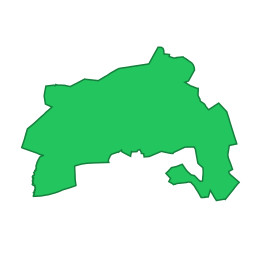 Mērdzenes pag., Karsavas, Latvia (orthographic projection), rotated 356°
{"feature_id": "27541924B39657659213866", "entity_name": "Mērdzenes pag.", "entity_type": "district", "adm_level": 2, "iso_a3": "LVA", "parent_name": "Latvia", "parent_adm1": "Karsavas", "projection": "orthographic", "projection_center": [27.72, 56.696], "detail": "fine", "context": "isolated", "style": "filled", "palette": "green", "viewbox_px": 256, "rotation_deg": 356, "n_neighbors": 0, "source": "geoboundaries", "source_scale": "gbopen_adm2", "svg_char_len": 5238}
<svg xmlns="http://www.w3.org/2000/svg" viewBox="0 0 256 256"><g transform="rotate(356 128 128)"><path d="M163.7,49.5L163.4,49.9L158.3,57.7L153.3,65.5L149.0,65.9L134.0,67.1L133.8,67.2L129.5,67.5L128.8,67.6L128.3,67.6L124.2,67.9L122.7,68.2L120.3,69.2L119.1,69.8L114.7,71.9L110.4,74.4L108.7,75.1L101.7,78.7L88.2,76.3L88.1,76.2L78.4,80.5L77.3,80.9L73.4,82.6L70.8,82.0L68.1,81.1L64.6,80.6L62.6,80.5L60.0,80.1L59.0,79.6L58.8,80.0L58.7,80.5L57.9,80.7L57.2,80.1L49.0,80.5L48.0,84.4L47.2,87.5L46.6,90.2L47.3,98.3L48.9,99.2L49.3,99.4L53.6,101.8L53.2,102.0L52.6,102.5L52.2,102.9L50.6,104.2L47.3,106.6L45.7,108.1L44.6,109.0L42.0,110.9L37.4,114.6L36.9,115.0L33.5,117.7L29.9,120.2L27.6,121.9L25.8,126.7L23.7,132.6L20.6,140.1L21.4,140.6L35.5,146.7L37.9,148.1L41.5,149.3L41.6,149.5L39.6,150.1L39.0,150.2L38.4,150.6L38.1,150.8L37.7,151.4L37.6,151.5L37.4,151.8L37.2,152.1L37.2,152.3L37.0,152.6L36.8,152.8L36.6,153.2L36.4,153.4L36.2,153.6L36.1,154.1L35.8,154.4L35.7,154.8L35.1,155.7L34.9,155.8L34.9,156.0L34.6,157.1L34.4,157.5L34.1,158.2L33.7,159.1L33.6,159.7L33.6,160.9L33.7,161.6L33.7,161.8L33.6,162.0L33.3,162.2L33.2,162.5L33.2,163.0L33.1,163.5L33.0,163.8L32.3,163.7L32.1,163.9L32.2,164.5L32.1,164.8L31.4,165.4L31.0,165.9L30.9,166.1L31.1,166.2L31.4,166.8L31.5,167.0L31.4,167.3L31.2,168.1L31.1,168.4L30.8,168.6L30.3,168.6L29.6,169.2L29.4,169.7L29.1,170.2L29.2,170.4L29.3,170.4L29.9,170.3L30.0,170.4L29.8,170.5L29.7,170.7L29.7,170.9L29.4,171.2L29.4,171.5L29.5,171.6L30.1,171.7L30.2,171.8L30.2,172.0L30.1,172.4L30.1,173.0L29.9,173.1L29.3,173.2L29.2,173.2L29.1,173.4L29.0,173.7L29.0,174.3L29.3,174.4L29.5,174.8L29.5,175.0L29.3,175.1L29.1,175.4L29.1,175.6L29.4,175.9L29.6,176.0L29.7,176.4L29.7,176.5L29.2,176.5L28.9,176.8L28.6,177.5L28.8,177.6L29.0,177.8L29.1,178.2L29.6,178.6L29.9,178.7L30.6,178.4L30.9,178.5L31.0,178.7L31.0,178.8L30.9,179.0L30.8,179.4L30.9,179.5L31.0,179.6L31.1,179.8L31.0,180.4L31.1,180.8L31.4,181.3L31.4,181.7L31.3,181.9L31.2,181.9L31.2,182.0L30.8,182.5L30.7,182.8L30.7,183.1L31.0,183.4L31.0,183.5L31.0,183.9L30.9,184.0L30.5,184.2L30.3,184.1L30.2,183.7L30.1,184.3L30.2,184.7L30.2,185.0L30.2,185.4L30.2,185.5L29.7,185.4L29.2,185.7L29.1,185.9L29.1,186.1L29.7,186.7L29.9,187.1L29.7,187.8L29.4,187.9L29.2,188.1L29.1,188.3L28.9,188.9L28.9,189.2L28.8,189.4L28.9,189.6L36.2,189.7L43.7,189.0L50.7,187.6L53.8,186.8L56.5,185.9L58.7,185.1L66.2,183.4L72.0,181.8L72.1,181.7L72.0,180.4L71.8,178.2L71.7,173.7L71.8,173.5L72.1,162.3L74.1,161.7L78.3,160.9L79.4,160.7L83.5,160.4L86.0,160.3L94.3,160.5L106.5,161.0L106.1,159.8L106.1,159.4L106.6,157.6L107.7,155.7L108.7,154.0L108.8,153.9L110.4,152.8L110.6,152.8L111.1,152.7L115.9,151.4L116.1,151.4L116.4,151.6L116.6,151.6L119.9,149.6L120.1,151.0L120.6,151.5L125.1,154.3L125.5,154.6L126.9,155.4L128.6,156.4L128.7,155.7L128.9,154.7L129.9,151.8L130.4,152.1L135.2,152.2L135.3,152.1L136.5,150.7L138.0,150.5L138.3,150.4L138.5,150.7L139.4,152.8L139.6,153.0L139.5,154.3L141.8,154.8L141.9,155.9L142.1,158.0L147.2,157.9L159.8,153.6L161.1,154.1L161.4,154.1L162.1,154.4L163.5,154.8L164.0,154.9L168.5,156.2L171.0,156.6L172.0,155.5L183.4,151.1L185.6,151.1L188.7,151.3L188.9,151.4L189.0,151.3L192.6,151.6L192.8,152.0L193.0,152.4L193.7,153.7L194.2,158.4L195.0,165.7L195.3,168.0L196.4,169.3L199.9,172.7L200.0,174.8L199.9,178.2L199.0,183.5L198.7,186.0L198.3,186.3L196.6,186.1L196.3,185.9L196.2,186.1L195.2,185.2L190.9,180.1L187.8,179.2L184.7,176.0L183.3,174.3L179.6,168.0L179.2,168.1L173.7,169.8L168.5,170.6L167.7,171.5L164.5,174.4L162.7,175.9L167.0,181.3L166.2,182.4L165.0,184.3L165.8,184.8L168.1,186.4L169.6,187.7L170.7,187.3L171.0,187.4L173.3,186.7L176.3,186.7L183.1,186.4L184.5,186.0L187.3,186.7L187.2,187.0L189.8,190.0L190.0,190.2L190.4,191.2L190.5,191.2L191.1,192.4L191.1,192.5L192.5,195.1L192.7,195.3L194.1,198.2L194.5,198.8L195.0,200.2L196.2,202.5L198.7,202.6L200.3,202.5L200.3,202.3L200.6,202.4L200.8,202.4L203.2,202.4L204.5,199.1L205.0,197.6L205.7,195.9L208.5,201.4L208.5,201.6L211.1,206.5L219.2,205.7L219.4,205.7L220.0,206.1L229.9,195.4L230.1,195.0L234.1,190.8L234.7,190.4L235.1,190.1L234.8,189.6L234.4,189.2L232.2,187.0L227.0,181.8L226.8,181.7L226.7,181.4L226.5,181.2L226.4,181.1L226.2,180.8L225.5,179.5L225.5,179.1L225.5,178.4L229.4,176.6L229.2,175.9L228.8,174.4L227.9,171.1L226.1,165.2L225.9,164.2L225.7,161.7L225.8,161.1L227.8,152.5L234.2,151.6L234.3,151.6L235.4,151.5L235.4,151.3L233.4,143.3L231.4,134.9L229.8,128.1L229.6,126.9L227.6,118.6L220.2,109.5L209.7,115.4L208.4,113.7L207.3,112.2L207.1,111.8L206.8,111.0L206.1,109.7L205.1,108.7L202.0,106.3L201.7,104.0L201.4,103.5L201.2,103.1L200.9,102.4L200.1,100.5L200.0,100.1L200.1,99.9L200.2,99.7L200.2,99.3L200.2,98.9L200.2,98.5L200.4,98.0L200.4,97.3L200.6,96.1L200.6,95.7L200.8,93.9L200.7,93.3L199.8,93.3L195.6,91.3L195.4,91.2L195.1,91.1L193.1,90.2L192.8,90.1L192.6,89.9L192.5,89.7L191.5,89.0L191.3,88.9L189.1,87.2L187.9,86.4L191.6,85.3L198.4,74.8L198.3,73.8L198.2,73.1L198.3,73.1L198.2,72.1L197.6,69.8L196.3,67.8L194.8,66.4L194.6,66.4L192.4,64.5L191.7,64.0L191.7,63.9L191.2,63.7L191.0,63.3L190.9,63.3L187.7,61.0L187.7,60.9L181.3,61.1L181.3,61.3L178.9,61.5L175.5,60.2L174.0,59.5L174.4,58.0L174.5,57.6L169.1,56.6L169.0,56.4L169.1,53.8L169.1,53.5L169.1,53.3L168.5,51.1L167.0,49.9L166.9,49.9L163.7,49.5Z" fill="#22c55e" stroke="#15803d" stroke-width="1.5"/></g></svg>